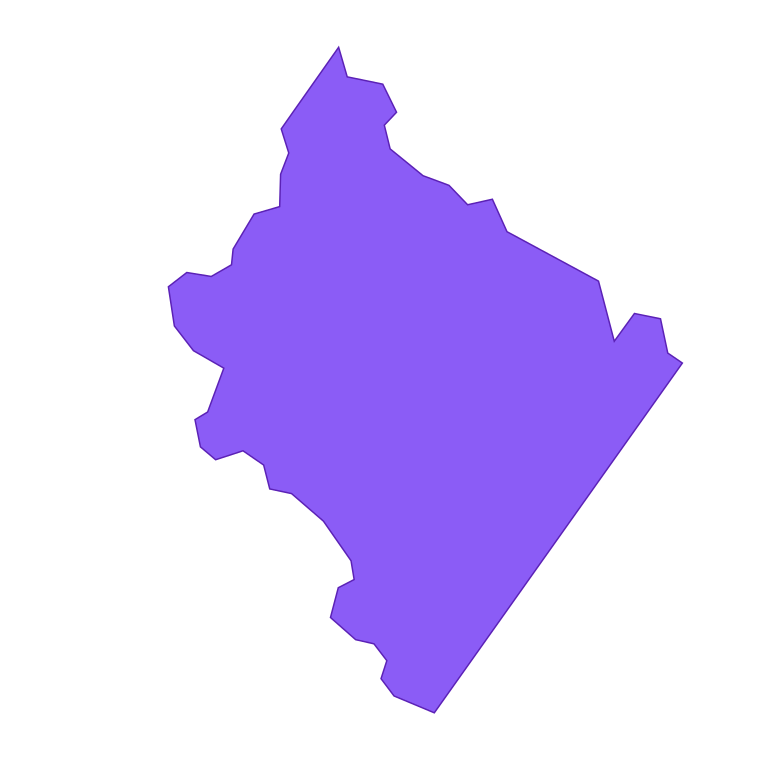 the district of Lake, Colorado, United States of America, rotated 305°
{"feature_id": "52423323B1208746636879", "entity_name": "Lake", "entity_type": "district", "adm_level": 2, "iso_a3": "USA", "parent_name": "United States of America", "parent_adm1": "Colorado", "projection": "mercator", "projection_center": [-106.349, 39.219], "detail": "fine", "context": "isolated", "style": "filled", "palette": "violet", "viewbox_px": 768, "rotation_deg": 305, "n_neighbors": 0, "source": "geoboundaries", "source_scale": "gbopen_adm2", "svg_char_len": 783}
<svg xmlns="http://www.w3.org/2000/svg" viewBox="0 0 768 768"><g transform="rotate(305 384 384)"><path d="M554.9,153.5L534.0,153.5L518.6,173.5L496.5,179.0L469.5,196.8L448.7,180.1L408.0,183.0L394.2,190.7L373.0,180.8L362.2,158.5L340.0,151.6L311.3,179.0L302.0,208.8L305.1,243.7L259.9,255.6L246.4,249.6L227.2,269.7L225.4,289.5L248.4,306.8L248.6,331.9L232.5,350.6L241.2,371.1L236.9,413.1L220.3,458.4L206.7,471.7L190.9,463.4L162.0,474.1L158.3,507.4L165.4,524.8L159.0,545.0L140.9,550.6L134.2,571.2L143.5,613.8L572.3,616.4L572.1,598.7L596.0,573.1L585.4,548.7L551.1,548.1L591.3,500.7L579.3,397.4L597.5,366.8L578.8,349.7L584.0,323.3L577.0,296.5L580.1,254.2L596.2,235.8L613.8,238.4L628.9,211.0L614.5,177.7L633.8,153.7L554.9,153.5Z" fill="#8b5cf6" stroke="#5b21b6" stroke-width="1.5"/></g></svg>